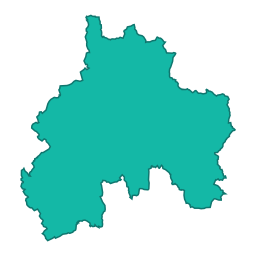 the district of Loikaw, Kayah, Myanmar
{"feature_id": "60261553B25125997749826", "entity_name": "Loikaw", "entity_type": "district", "adm_level": 2, "iso_a3": "MMR", "parent_name": "Myanmar", "parent_adm1": "Kayah", "projection": "robinson", "projection_center": [97.339, 19.508], "detail": "fine", "context": "isolated", "style": "filled", "palette": "teal", "viewbox_px": 256, "rotation_deg": 0, "n_neighbors": 0, "source": "geoboundaries", "source_scale": "gbopen_adm2", "svg_char_len": 5775}
<svg xmlns="http://www.w3.org/2000/svg" viewBox="0 0 256 256"><path d="M225.5,193.8L223.8,192.7L222.8,192.5L223.1,191.1L222.6,190.3L220.8,190.1L219.8,187.8L217.7,185.7L213.8,184.3L215.7,179.7L216.6,180.0L218.1,178.9L219.3,180.3L220.8,179.7L222.5,180.2L223.6,178.1L226.0,177.9L225.4,176.0L224.4,176.2L223.4,175.8L223.2,174.0L222.3,172.4L222.6,171.4L221.9,169.5L220.8,169.6L219.8,168.3L219.7,167.8L220.2,167.1L217.4,164.1L217.7,163.2L217.4,159.9L218.3,159.1L218.1,158.0L218.5,157.0L218.1,156.1L215.2,154.4L214.7,153.8L214.8,152.7L217.6,152.4L218.7,150.9L220.4,149.8L220.4,149.1L222.2,147.6L222.9,146.2L222.9,144.7L223.3,143.3L225.1,141.7L225.6,140.0L226.4,139.5L226.4,139.0L227.5,137.8L229.4,136.4L229.3,135.3L230.0,133.9L232.6,130.8L234.7,130.3L235.0,129.7L233.5,128.3L232.4,127.9L232.3,126.6L231.3,126.1L230.7,122.6L228.5,123.0L228.7,119.4L230.1,115.2L229.7,114.1L229.9,112.6L229.1,110.3L229.3,108.9L227.0,104.7L228.1,102.7L227.7,101.0L229.1,99.2L227.7,96.5L225.0,96.0L223.9,94.4L222.5,93.9L220.4,94.7L217.7,95.1L216.5,96.0L213.9,94.2L212.3,92.3L210.1,91.2L208.6,91.1L207.9,90.1L206.6,89.4L206.1,89.9L206.6,91.2L206.6,92.4L205.9,93.3L203.1,93.9L200.7,93.2L198.4,93.3L195.9,90.6L195.1,90.7L193.3,92.4L192.4,92.6L189.3,89.8L188.5,89.8L187.4,88.8L186.1,89.5L182.4,89.5L182.5,89.2L181.4,89.2L180.6,88.4L179.9,88.4L178.4,86.7L177.9,85.4L178.2,83.7L177.2,82.2L175.5,81.5L175.4,80.8L175.8,80.0L174.0,79.3L172.9,79.5L172.0,77.9L170.1,77.6L169.5,76.3L169.6,73.5L169.3,72.1L169.6,69.1L170.7,67.0L172.6,61.3L173.0,57.5L174.7,55.3L175.7,53.6L175.5,53.1L173.8,52.6L172.4,53.2L166.6,52.9L165.5,49.6L163.9,48.1L162.7,45.6L165.3,42.1L164.0,41.9L162.3,39.6L160.6,38.2L158.9,38.1L157.5,37.1L157.0,37.2L155.4,40.3L152.3,40.8L149.9,41.9L146.8,41.9L145.7,42.3L145.8,40.4L143.6,36.9L142.0,35.7L138.9,35.0L137.1,33.6L136.4,30.9L134.7,28.9L134.9,27.7L134.2,24.6L133.2,24.8L131.0,26.1L127.4,26.9L126.6,29.1L124.2,30.5L123.9,31.6L124.5,32.4L124.7,34.1L123.0,38.2L120.1,37.3L118.6,38.4L116.5,38.2L115.3,39.1L112.0,38.9L110.4,39.8L109.9,39.3L108.9,39.5L106.5,38.0L104.1,37.4L103.9,36.5L103.2,36.4L102.5,37.2L101.5,35.9L101.7,32.7L101.4,30.9L100.6,29.5L101.4,28.2L101.2,24.8L100.3,24.5L100.1,23.7L100.1,21.5L99.2,19.5L99.0,17.1L95.3,17.0L95.1,16.3L92.7,16.4L90.9,15.4L87.6,16.7L86.6,16.3L86.0,17.6L87.6,19.8L86.6,20.1L88.1,22.3L88.6,24.8L88.1,26.5L86.2,28.9L86.3,31.1L87.1,31.6L87.3,32.2L85.3,36.9L87.0,42.4L86.7,43.1L86.7,45.7L87.9,48.9L89.1,50.3L89.5,52.5L88.2,52.4L86.5,53.1L85.8,56.8L84.0,60.9L85.7,64.5L87.0,64.3L87.6,65.2L87.1,67.0L89.0,68.1L86.9,69.6L85.0,68.1L84.2,69.3L80.4,72.1L82.7,80.3L80.1,81.3L75.9,80.4L74.1,81.3L71.8,83.6L69.4,84.8L67.1,85.5L60.2,85.9L59.7,88.7L58.9,89.9L60.4,94.3L60.3,95.4L59.3,95.0L59.2,96.1L58.3,97.6L56.5,97.8L54.2,97.4L50.9,99.4L49.2,101.3L47.9,103.7L46.1,110.0L42.3,113.3L41.2,111.8L39.5,112.1L39.0,114.9L36.8,117.0L38.0,119.8L38.3,122.0L38.8,122.6L37.4,123.2L36.0,122.4L32.8,124.2L31.9,125.8L31.7,128.0L34.8,130.8L36.4,131.5L39.1,134.3L38.8,136.0L37.6,136.4L37.7,137.4L38.8,138.9L42.0,141.0L44.2,138.9L45.9,139.7L46.4,141.7L48.4,143.5L50.3,146.7L49.0,149.0L43.1,152.6L41.5,152.6L39.4,155.3L37.8,156.5L37.5,157.6L36.8,157.4L35.4,158.9L34.8,158.8L34.5,160.9L33.6,160.9L33.1,162.3L32.0,163.2L33.7,165.5L34.2,167.3L32.0,169.9L31.3,171.5L30.4,171.8L29.7,172.7L29.5,174.8L30.3,176.1L28.9,175.9L27.6,173.3L24.9,170.9L23.9,168.4L23.4,169.2L21.5,170.4L21.4,175.4L22.5,177.8L21.1,178.8L21.1,180.1L23.3,181.8L23.2,182.6L21.9,183.1L21.0,186.4L22.5,188.8L25.0,189.4L23.2,191.4L25.3,194.8L27.9,196.5L28.3,197.2L26.1,198.6L25.7,200.5L26.5,201.9L26.9,204.8L28.4,206.5L30.3,207.8L31.7,207.7L34.3,210.6L37.6,209.1L40.5,213.7L39.4,216.0L41.0,218.5L42.4,219.5L43.2,220.6L41.6,223.6L42.9,224.7L43.6,226.5L46.1,227.3L47.1,228.8L44.4,230.9L43.1,233.1L42.4,233.6L44.3,235.0L45.5,237.0L45.6,238.2L47.7,240.6L52.6,238.3L54.6,236.8L55.4,238.2L59.8,236.3L62.8,234.2L66.9,233.6L68.2,232.8L69.8,233.3L72.8,232.2L73.4,231.2L75.5,230.1L75.9,229.0L76.3,224.4L77.4,223.9L77.1,222.7L78.5,222.9L78.0,221.4L78.8,221.1L79.0,221.6L79.8,220.9L82.3,221.1L82.9,220.4L84.9,220.1L86.8,220.9L89.8,222.9L90.2,224.2L89.7,225.7L90.4,226.5L91.3,225.7L92.8,226.6L94.5,226.3L95.0,224.8L95.9,226.0L98.6,227.4L98.3,226.7L98.7,226.2L100.2,227.0L101.8,226.7L102.3,226.2L102.6,224.1L102.3,222.0L102.6,220.1L101.7,218.6L102.1,216.9L101.9,215.2L103.9,211.5L104.8,211.2L105.2,209.4L104.9,205.4L102.6,202.1L100.2,196.6L102.1,195.8L102.4,194.8L102.6,192.4L101.5,185.3L100.9,184.0L101.1,182.8L102.5,181.9L102.8,180.4L105.6,180.7L106.6,182.1L108.7,182.0L110.5,183.5L114.9,182.0L116.9,181.9L118.8,180.3L120.3,180.4L121.1,179.6L120.2,178.9L119.6,177.8L122.2,174.8L123.9,176.5L123.9,176.1L124.4,177.7L124.2,179.9L126.5,182.4L126.9,186.6L128.3,187.1L128.7,188.8L128.5,190.7L129.1,191.6L128.8,192.6L130.5,196.5L129.9,197.3L131.9,199.0L132.5,195.5L134.8,195.2L136.6,195.7L138.1,194.8L138.7,193.4L139.3,189.2L139.8,188.6L142.3,188.7L144.1,189.5L148.0,189.8L148.8,188.9L149.1,182.9L148.5,180.0L148.9,171.7L148.6,169.2L151.1,168.1L151.3,166.2L151.9,165.8L152.4,166.8L153.0,166.5L153.4,167.0L154.7,166.9L155.5,167.5L157.4,165.6L158.8,168.0L159.4,168.2L161.6,165.3L162.7,166.6L162.8,168.1L163.1,168.6L165.5,169.6L169.2,172.6L170.0,174.2L170.7,174.4L170.5,176.4L170.9,178.3L172.3,181.0L172.4,182.0L171.8,183.4L172.3,184.4L173.2,184.5L174.9,183.6L175.1,184.2L175.5,184.0L177.2,185.2L178.2,187.2L179.1,188.0L179.3,189.5L180.6,190.0L181.3,189.7L181.6,190.1L182.9,189.8L184.4,190.5L184.0,195.2L184.6,199.2L185.8,201.8L186.2,203.3L187.4,203.1L189.2,204.0L190.3,205.1L190.0,205.6L190.6,207.3L192.1,206.7L194.6,208.2L198.7,208.2L201.1,208.7L204.3,208.4L205.9,207.6L210.2,207.4L211.6,201.7L214.1,198.9L214.9,198.7L218.7,200.0L221.2,200.1L221.2,198.6L220.6,196.9L223.1,194.0L225.5,193.8Z" fill="#14b8a6" stroke="#0f766e" stroke-width="1.5"/></svg>